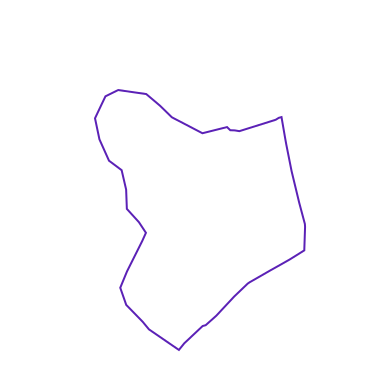 Ngo-ketunjia, Nord-Ouest, Cameroon (Natural Earth projection), rotated 328°
{"feature_id": "32672807B14234433619225", "entity_name": "Ngo-ketunjia", "entity_type": "district", "adm_level": 2, "iso_a3": "CMR", "parent_name": "Cameroon", "parent_adm1": "Nord-Ouest", "projection": "natural_earth1", "projection_center": [10.486, 5.994], "detail": "fine", "context": "isolated", "style": "outline", "palette": "violet", "viewbox_px": 384, "rotation_deg": 328, "n_neighbors": 0, "source": "geoboundaries", "source_scale": "gbopen_adm2", "svg_char_len": 729}
<svg xmlns="http://www.w3.org/2000/svg" viewBox="0 0 384 384"><g transform="rotate(328 192 192)"><path d="M148.8,78.1L141.4,98.3L138.2,121.5L143.9,136.2L137.4,155.1L127.8,171.8L131.0,189.5L131.3,202.2L123.8,207.2L94.8,224.9L80.4,235.2L76.4,252.9L81.4,275.9L82.7,285.7L97.2,319.0L105.3,316.2L130.0,311.3L133.0,312.2L147.0,309.8L172.4,303.0L190.7,299.2L193.1,299.1L216.8,300.0L239.0,301.0L256.3,301.0L269.4,281.5L270.8,278.9L277.3,257.7L287.5,227.1L288.9,223.4L297.2,201.5L299.4,196.0L307.6,175.9L304.9,175.1L301.3,175.1L264.4,165.5L260.9,162.4L257.2,159.9L256.1,155.5L232.0,147.7L215.7,120.0L214.5,117.9L210.6,101.9L205.1,84.7L183.4,66.4L169.3,65.0L160.8,70.4L148.8,78.1Z" fill="none" stroke="#5b21b6" stroke-width="2"/></g></svg>